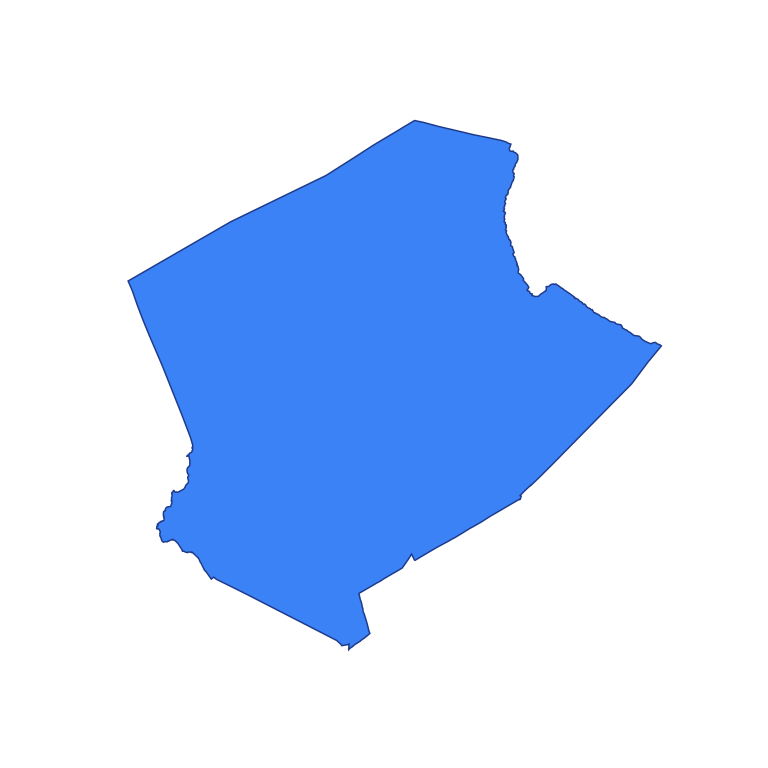 Jurilovca, Tulcea, Romania, rotated 245°
{"feature_id": "2599482B31107458884673", "entity_name": "Jurilovca", "entity_type": "district", "adm_level": 2, "iso_a3": "ROU", "parent_name": "Romania", "parent_adm1": "Tulcea", "projection": "albers", "projection_center": [28.891, 44.764], "detail": "fine", "context": "isolated", "style": "filled", "palette": "blue", "viewbox_px": 768, "rotation_deg": 245, "n_neighbors": 0, "source": "geoboundaries", "source_scale": "gbopen_adm2", "svg_char_len": 6135}
<svg xmlns="http://www.w3.org/2000/svg" viewBox="0 0 768 768"><g transform="rotate(245 384 384)"><path d="M585.5,195.6L574.6,195.3L559.4,193.7L543.7,192.6L527.2,191.8L494.7,190.8L440.4,187.7L417.1,186.0L409.5,184.8L407.6,183.9L407.6,183.3L407.3,183.0L407.0,182.9L406.6,183.3L406.4,183.3L405.1,182.7L404.5,181.9L404.5,181.7L404.1,181.6L403.6,181.0L403.4,179.6L403.5,179.2L403.2,178.3L402.7,177.4L402.6,176.8L402.7,176.7L402.1,176.0L402.0,175.7L401.9,175.2L402.1,175.1L402.0,174.9L401.8,174.8L401.4,176.2L401.2,176.7L396.3,175.6L394.7,174.7L394.1,174.5L392.3,173.6L391.9,172.6L391.6,172.1L391.3,171.1L391.0,170.5L390.3,169.8L389.5,169.2L387.4,168.4L385.7,168.2L384.7,168.5L384.0,168.5L383.3,168.1L383.0,167.4L382.5,166.7L381.4,166.3L378.8,165.9L378.1,165.5L377.0,164.5L376.6,163.0L375.7,161.2L374.8,160.4L373.6,158.6L373.3,157.4L373.2,153.7L373.0,152.9L373.1,151.2L373.7,150.6L374.0,150.0L374.1,149.2L374.8,148.8L376.0,148.7L376.3,148.6L376.3,148.4L376.3,148.0L376.0,147.5L374.9,146.2L375.2,145.9L375.0,145.6L373.6,145.1L373.1,145.2L371.2,144.0L370.5,143.2L368.3,142.4L368.1,142.2L368.1,141.9L367.3,142.1L366.7,141.9L365.6,141.0L365.0,140.7L363.3,138.9L363.2,138.4L363.4,137.8L363.9,136.7L364.1,135.8L364.1,134.8L363.6,133.8L362.9,132.9L361.6,132.2L361.7,131.0L361.5,130.5L361.1,130.0L358.2,128.5L357.2,128.7L356.9,128.3L356.4,128.0L355.6,128.2L354.0,127.3L353.4,126.7L353.2,126.3L353.6,125.5L353.6,124.0L353.7,123.6L353.2,123.3L353.1,122.9L353.5,122.5L353.5,121.7L352.8,120.9L352.7,120.4L352.9,119.8L352.4,119.7L352.3,119.3L351.1,119.3L351.0,118.7L351.2,118.2L350.9,117.9L350.0,117.5L349.3,116.9L348.7,116.9L347.8,118.7L344.6,118.8L344.2,118.6L343.2,117.6L342.3,117.4L341.1,116.7L338.7,116.9L337.4,116.5L335.3,116.5L334.7,116.7L333.9,117.2L333.5,119.1L332.6,120.8L332.8,122.6L332.5,123.2L332.9,124.8L332.7,125.3L332.1,126.0L332.0,126.4L332.4,127.1L331.6,127.4L330.3,128.5L326.4,129.9L319.2,130.9L317.6,130.7L317.4,130.9L317.4,131.7L315.7,132.9L315.2,133.4L315.0,133.8L314.4,134.3L314.2,134.8L314.2,135.3L314.4,135.7L313.2,137.9L312.5,138.5L312.9,138.9L312.5,139.1L306.3,141.6L304.0,142.3L300.0,142.2L298.6,142.5L291.0,142.6L290.4,142.9L288.7,143.5L280.2,145.0L280.9,148.1L277.9,149.5L252.8,169.6L171.6,232.7L166.9,234.7L164.6,235.2L164.2,237.2L163.0,241.3L163.1,242.4L159.5,240.5L159.0,240.0L158.1,239.8L158.6,240.6L159.2,243.3L159.2,244.1L159.7,245.8L160.1,246.4L160.1,247.4L160.4,248.6L160.4,250.0L160.7,250.9L160.9,253.4L161.5,255.4L162.2,259.6L162.5,260.2L162.7,261.6L163.6,264.6L163.9,265.8L166.8,266.0L173.2,267.3L180.2,268.4L181.2,268.4L181.8,268.6L187.0,269.0L189.6,270.0L191.4,270.1L194.0,270.9L196.8,271.3L198.0,271.3L204.8,272.7L206.7,293.3L206.9,297.3L207.2,299.7L207.4,300.4L207.7,303.1L208.7,313.4L208.6,314.1L208.7,314.5L209.5,322.7L215.0,332.2L218.2,337.1L211.9,337.2L211.4,337.3L211.1,337.6L211.1,337.9L211.8,344.3L213.6,363.1L214.4,377.3L214.7,379.1L214.8,383.2L216.9,401.7L217.1,405.6L217.8,413.7L219.4,425.7L219.7,429.8L222.3,457.6L222.3,458.0L221.9,458.1L222.0,458.6L222.1,459.1L223.7,460.2L224.3,460.9L225.3,460.1L227.3,465.2L230.2,473.8L229.9,473.9L230.5,475.8L234.1,486.3L239.6,501.5L270.7,584.8L279.4,608.4L292.4,632.7L301.3,651.5L303.3,650.4L304.4,648.9L307.0,647.6L307.7,645.2L307.7,642.8L309.2,641.4L312.3,638.7L315.5,636.7L317.8,636.2L319.5,635.4L322.1,631.5L322.5,630.8L323.6,630.4L327.1,628.6L328.0,627.7L330.0,626.9L331.2,625.8L333.9,623.8L334.8,624.0L336.6,624.0L337.6,623.7L339.7,620.6L340.8,619.5L342.2,619.3L344.8,615.8L345.5,615.1L348.8,613.4L350.4,612.1L351.2,611.8L351.6,611.2L351.9,610.2L353.8,608.8L356.5,607.7L357.1,607.1L357.8,606.1L358.7,605.9L360.0,604.5L361.4,604.2L362.7,604.3L363.4,604.1L363.7,603.3L366.0,602.1L366.4,601.4L367.6,600.6L369.1,600.2L370.1,600.2L371.1,599.8L372.0,599.2L372.0,598.5L373.4,597.9L373.8,598.1L375.4,597.2L376.6,596.1L378.4,595.8L380.4,594.3L380.4,593.7L381.5,592.9L381.9,593.5L387.3,590.6L388.7,589.7L391.3,588.2L393.5,586.8L395.1,586.3L395.8,585.4L397.8,584.5L402.1,582.0L402.2,580.5L403.0,580.0L403.4,578.7L403.6,577.6L403.4,576.4L402.8,575.0L403.1,573.6L403.7,572.2L400.4,570.7L399.8,568.1L399.2,564.0L398.2,561.0L399.3,558.2L401.7,555.5L402.9,556.4L404.5,554.6L405.8,555.0L406.7,554.6L408.4,553.2L410.3,556.0L410.5,556.1L412.8,555.9L417.5,554.6L418.8,554.0L419.5,554.2L419.9,554.7L420.5,555.0L421.2,554.9L425.5,554.0L427.2,552.9L427.9,552.7L428.8,552.9L430.1,553.8L430.4,554.2L431.1,554.5L433.9,555.1L434.6,555.1L435.1,554.5L435.5,554.6L435.5,555.1L435.8,555.3L436.8,555.5L438.3,555.5L438.9,555.8L440.5,555.6L442.1,556.2L443.1,555.9L443.7,556.3L444.4,556.1L445.0,555.5L447.4,555.7L447.5,556.1L447.8,556.5L447.8,557.2L448.3,557.5L449.4,557.7L452.0,557.9L454.1,558.3L454.9,558.1L456.0,557.2L456.4,557.3L456.7,557.7L457.9,558.3L458.4,558.9L459.0,559.0L460.0,558.8L460.7,559.2L461.7,558.8L462.1,558.3L462.5,558.2L463.2,558.7L464.6,558.6L465.0,558.9L465.4,558.9L466.1,558.5L466.7,558.5L469.6,558.6L471.2,559.9L472.4,559.3L473.7,560.6L474.7,561.2L475.4,561.1L475.7,561.7L476.4,562.0L477.8,561.4L478.7,562.1L479.3,562.1L479.9,561.4L480.7,561.6L481.6,562.3L482.3,563.1L483.9,563.2L484.4,563.5L484.6,563.8L485.3,564.0L486.1,564.5L486.8,565.5L487.5,565.9L487.6,566.3L488.7,566.2L489.4,565.8L489.7,565.2L490.2,565.3L490.7,565.6L490.9,566.5L491.4,566.7L491.8,567.2L492.3,567.0L492.7,567.1L493.8,567.8L494.0,568.4L495.2,569.0L495.7,569.6L495.8,570.1L496.2,570.4L497.6,570.4L498.6,570.7L499.1,571.3L499.8,572.6L500.2,573.0L501.1,572.7L501.6,572.8L502.6,573.8L503.3,574.3L503.4,575.6L503.6,576.2L503.8,576.2L503.8,576.4L505.0,577.5L505.4,577.5L506.6,578.2L507.6,579.3L508.5,581.3L509.1,582.1L510.0,582.7L512.9,585.6L513.6,586.9L514.6,587.8L516.8,589.6L517.8,589.4L518.7,589.9L519.5,590.9L520.4,590.7L521.0,590.3L522.8,590.7L523.8,591.5L523.9,591.8L523.7,592.1L524.1,592.5L525.5,593.4L525.6,594.1L526.3,595.1L527.8,595.9L528.7,597.8L530.8,600.2L534.8,602.0L535.4,601.9L538.1,600.9L539.5,599.5L540.6,599.4L541.0,597.9L542.0,596.6L544.5,596.9L545.4,598.2L547.8,600.4L549.7,598.3L551.5,597.2L555.3,593.1L572.4,570.1L594.5,542.1L604.6,530.1L609.9,523.0L605.0,475.9L600.8,445.1L597.5,419.7L595.8,313.3L585.5,195.6Z" fill="#3b82f6" stroke="#1e3a8a" stroke-width="1.5"/></g></svg>